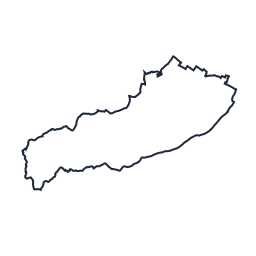 the district of Cornesti, Cluj, Romania, rotated 282°
{"feature_id": "2599482B95174876937173", "entity_name": "Cornesti", "entity_type": "district", "adm_level": 2, "iso_a3": "ROU", "parent_name": "Romania", "parent_adm1": "Cluj", "projection": "natural_earth1", "projection_center": [23.687, 47.03], "detail": "fine", "context": "isolated", "style": "outline", "palette": "slate", "viewbox_px": 256, "rotation_deg": 282, "n_neighbors": 0, "source": "geoboundaries", "source_scale": "gbopen_adm2", "svg_char_len": 5648}
<svg xmlns="http://www.w3.org/2000/svg" viewBox="0 0 256 256"><g transform="rotate(282 128 128)"><path d="M188.3,225.7L188.5,224.7L188.3,224.6L189.4,221.6L190.4,218.1L191.5,213.4L191.9,213.5L192.6,213.5L193.0,213.7L193.2,214.2L193.0,214.8L193.2,215.1L194.3,215.0L194.9,215.2L197.8,215.4L198.8,215.9L199.7,215.8L199.8,212.7L197.6,212.6L198.4,209.1L196.2,208.3L196.9,207.1L197.2,206.0L197.1,205.0L197.0,204.8L197.1,204.5L197.5,202.0L197.5,201.4L197.4,201.3L197.5,201.2L196.9,199.8L196.5,198.4L196.3,197.4L195.6,195.1L195.2,194.3L194.5,193.3L194.9,192.7L195.7,193.0L197.3,193.3L197.8,193.2L198.3,193.3L199.3,193.3L199.9,192.1L201.3,189.9L200.6,189.3L199.6,188.8L201.2,185.3L202.5,181.8L200.6,181.3L199.6,180.7L198.0,180.1L200.9,173.2L198.7,172.3L197.6,172.0L198.6,169.4L198.8,168.6L199.1,167.9L199.8,164.7L200.5,165.0L203.0,166.3L204.0,164.2L206.9,159.0L207.5,157.4L206.8,157.0L204.0,156.1L202.5,155.3L198.5,153.5L198.2,152.9L196.7,151.6L195.1,150.7L193.1,149.1L192.3,148.6L191.3,148.3L190.2,148.4L187.4,149.8L187.1,149.4L186.1,148.2L185.9,147.9L186.0,147.9L184.6,146.3L186.6,145.5L187.5,146.8L187.9,147.2L188.4,147.8L189.0,147.4L188.7,147.0L189.0,146.6L189.4,145.4L189.0,143.5L188.6,143.0L187.6,140.4L188.2,140.0L188.2,139.9L187.6,138.7L187.3,138.4L186.7,138.3L186.1,137.5L186.5,137.3L186.0,136.3L184.6,135.0L186.0,132.6L185.2,133.0L181.8,133.2L178.8,133.5L178.8,133.8L178.5,133.8L176.5,135.0L175.6,135.4L174.1,135.6L174.4,134.6L174.2,133.4L174.1,132.2L172.3,132.0L167.8,132.0L167.6,132.2L166.8,132.5L165.0,132.7L164.0,131.5L163.0,131.3L161.1,129.5L159.9,128.7L159.6,128.3L159.7,127.3L159.3,125.4L159.5,124.1L159.8,123.2L159.6,122.5L157.3,123.6L155.7,124.0L155.1,124.2L150.6,123.7L147.7,122.4L147.1,122.1L146.7,121.1L146.6,120.4L145.5,119.1L143.6,116.5L142.4,114.5L141.7,112.7L140.5,111.1L139.4,109.9L138.9,108.7L138.6,107.7L138.8,107.7L139.0,107.2L141.0,102.6L138.9,101.4L139.2,100.6L139.2,100.3L138.6,97.8L138.9,96.4L139.0,95.2L139.0,94.7L138.0,95.1L136.8,94.0L135.8,93.1L134.4,91.4L133.8,89.3L133.4,88.7L133.7,87.8L133.9,87.3L133.6,86.1L133.4,84.8L133.2,84.3L133.3,83.5L132.9,82.5L133.0,81.6L132.7,81.3L132.6,80.8L132.3,80.5L131.7,80.2L131.2,79.4L130.5,79.1L129.5,78.4L129.3,78.3L129.0,78.4L128.7,77.8L128.0,77.2L127.6,77.1L124.2,76.5L122.8,76.4L120.6,76.7L119.7,76.4L118.4,76.3L114.8,74.9L114.0,74.3L114.1,72.9L114.7,71.9L115.5,69.1L116.1,68.7L116.5,68.3L117.0,67.3L116.8,66.8L116.3,66.2L115.8,64.7L114.3,63.7L113.9,62.7L113.3,62.5L113.0,61.6L113.0,61.3L112.6,60.9L112.5,60.4L112.3,60.2L112.2,59.9L112.2,58.9L111.2,57.5L111.0,56.9L110.9,56.3L111.1,55.8L111.1,55.2L111.5,54.7L111.2,53.8L110.5,53.2L110.0,53.1L110.0,52.7L108.3,50.9L106.6,49.6L106.4,49.2L106.0,48.4L105.7,48.2L105.4,47.8L105.3,47.5L104.7,46.8L104.2,46.4L103.0,45.9L102.7,45.9L102.1,46.2L101.1,43.8L99.7,41.9L98.6,40.9L96.7,39.6L96.5,39.1L96.7,37.0L96.6,35.8L95.9,34.4L95.3,33.8L94.3,33.5L92.9,33.3L92.4,33.8L91.5,33.9L86.2,32.7L86.9,32.3L84.0,29.7L83.8,30.0L83.6,30.1L83.3,29.9L83.0,29.9L82.4,30.2L82.4,30.4L82.6,30.6L82.3,30.8L82.1,30.8L81.9,30.4L81.7,30.4L80.4,30.9L79.9,31.9L79.5,32.3L79.1,33.0L78.7,33.3L78.2,33.4L77.9,33.6L77.0,33.4L76.5,33.4L75.9,34.2L74.0,36.1L71.9,35.9L71.3,35.6L71.0,35.8L70.0,35.9L69.6,36.1L69.5,36.3L69.6,36.5L68.5,36.5L67.5,36.2L66.8,36.2L66.2,36.5L64.1,36.9L63.7,37.0L63.8,37.6L62.8,37.9L61.8,37.9L60.2,37.5L59.4,37.5L58.2,37.9L58.1,38.1L58.1,38.3L57.8,39.1L57.5,39.6L57.5,39.8L58.2,41.0L58.9,41.9L59.5,43.0L59.2,43.5L58.2,44.6L57.8,45.3L57.3,45.5L56.6,46.2L54.8,46.5L54.6,46.7L53.3,46.7L52.8,46.8L51.9,47.3L49.3,48.4L48.8,48.7L48.5,49.7L49.1,50.8L49.1,51.8L49.6,52.8L49.6,53.1L49.5,53.3L49.7,54.2L49.3,55.5L50.9,55.6L52.4,56.4L54.1,56.9L55.0,57.0L57.5,56.8L57.6,57.0L58.7,58.0L59.0,58.5L59.0,59.9L58.7,61.1L58.8,61.4L60.0,62.4L61.2,62.8L61.6,63.2L62.0,64.2L62.2,64.4L63.2,64.7L64.0,65.1L64.5,65.7L65.3,66.7L67.2,66.8L67.5,66.4L69.0,66.6L69.5,66.9L70.1,67.7L70.6,68.0L71.4,68.0L72.8,68.9L73.9,69.3L74.5,69.6L75.5,70.3L75.5,70.7L75.3,71.2L75.4,71.9L75.0,72.7L74.4,73.2L74.2,73.5L73.8,74.1L74.1,75.4L73.1,75.6L73.2,75.8L73.6,78.1L72.7,78.3L74.2,79.9L75.5,79.7L75.6,80.0L75.7,80.7L75.5,81.6L74.7,83.7L75.5,85.4L75.4,85.4L75.3,87.2L75.6,88.6L76.4,90.2L76.5,91.3L76.6,92.3L76.8,92.6L78.3,93.0L78.8,93.6L79.5,94.1L81.3,95.8L81.1,96.1L81.2,97.1L81.8,97.7L81.9,98.5L82.5,99.3L82.7,99.8L83.0,101.0L82.7,101.7L81.3,102.8L83.0,104.4L83.7,104.8L84.1,105.4L84.4,106.4L84.4,107.2L84.8,108.2L85.1,108.6L86.1,109.5L86.4,110.1L87.2,111.1L88.4,112.3L88.6,112.8L88.6,113.4L88.5,113.6L87.5,115.4L86.4,116.7L86.1,117.1L86.0,117.7L84.6,120.2L84.5,120.7L84.8,122.0L84.7,123.0L84.9,125.0L84.7,125.7L84.7,126.4L84.5,127.3L84.5,128.5L84.6,128.9L85.5,129.6L86.1,129.8L86.7,130.0L87.4,130.4L88.4,130.7L89.0,131.2L89.5,131.8L89.8,132.3L89.7,133.1L89.8,133.7L89.6,135.1L89.8,135.9L90.6,137.9L92.2,140.1L93.5,140.7L94.3,141.6L95.3,143.4L96.5,145.0L97.0,145.2L97.4,145.8L98.1,146.1L98.8,146.5L101.2,147.3L101.7,147.5L102.1,147.8L102.4,150.0L102.7,150.8L102.9,151.5L103.3,152.1L104.0,153.5L105.2,156.4L107.4,159.0L107.8,159.8L109.1,161.6L110.4,164.1L111.4,166.8L112.1,167.7L113.1,169.4L113.5,171.4L114.5,174.0L115.6,175.3L116.5,177.2L117.7,178.8L118.3,180.3L119.1,180.9L119.9,181.9L121.4,183.2L123.3,184.7L125.2,186.0L126.4,187.0L126.8,187.6L127.7,188.5L131.4,191.5L133.4,194.1L134.5,195.2L135.1,196.5L135.3,197.4L135.4,199.3L136.4,200.7L138.2,204.1L141.7,207.9L144.3,209.6L144.2,209.8L148.3,211.8L151.2,213.5L157.3,216.7L159.8,218.5L162.1,220.6L164.6,222.3L164.9,221.9L165.5,222.2L168.9,223.2L170.0,223.9L171.2,224.8L172.5,225.4L175.5,226.3L176.2,224.5L177.1,224.0L178.8,223.8L180.8,224.1L183.9,225.2L185.4,225.5L188.3,225.7Z" fill="none" stroke="#1e293b" stroke-width="2"/></g></svg>